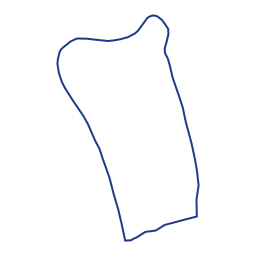 outline of Dilong, Kayangel, Palau
{"feature_id": "81905179B74113200519778", "entity_name": "Dilong", "entity_type": "district", "adm_level": 2, "iso_a3": "PLW", "parent_name": "Palau", "parent_adm1": "Kayangel", "projection": "robinson", "projection_center": [134.717, 8.088], "detail": "fine", "context": "isolated", "style": "outline", "palette": "blue", "viewbox_px": 256, "rotation_deg": 0, "n_neighbors": 0, "source": "geoboundaries", "source_scale": "gbopen_adm2", "svg_char_len": 797}
<svg xmlns="http://www.w3.org/2000/svg" viewBox="0 0 256 256"><path d="M196.8,216.5L196.5,199.6L198.6,185.4L197.0,171.1L195.0,159.5L191.6,143.6L185.6,121.2L182.8,107.7L179.1,96.3L172.7,77.8L169.6,64.8L167.8,58.6L165.0,53.2L164.7,48.4L166.6,41.8L168.4,34.3L168.2,29.0L165.0,24.1L161.8,19.8L157.2,16.3L153.6,15.4L150.3,16.2L147.4,17.9L137.8,31.0L135.0,33.4L127.8,37.2L120.0,39.3L114.0,40.4L108.1,41.0L100.1,40.2L86.8,38.7L76.9,38.5L71.2,41.1L65.9,45.2L61.6,48.7L59.8,51.5L58.0,58.5L57.4,63.8L59.0,73.4L62.0,82.3L65.3,88.6L72.1,99.3L83.4,116.0L87.9,124.0L95.2,140.8L99.5,148.8L102.6,158.4L109.4,177.5L113.8,194.5L118.2,209.3L121.8,224.6L125.2,240.6L130.9,240.3L133.8,238.6L136.5,237.5L145.3,231.9L155.5,230.6L164.8,224.9L185.2,219.5L196.8,216.5Z" fill="none" stroke="#1e3a8a" stroke-width="2"/></svg>